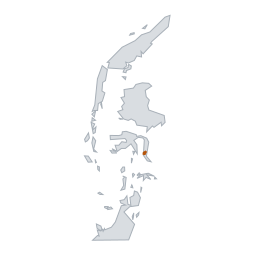 Bone Bolango, Gorontalo, Indonesia shown in context, rotated 89°
{"feature_id": "22746128B41707288718561", "entity_name": "Bone Bolango", "entity_type": "district", "adm_level": 2, "iso_a3": "IDN", "parent_name": "Indonesia", "parent_adm1": "Gorontalo", "projection": "robinson", "projection_center": [123.251, 0.556], "detail": "fine", "context": "in_parent", "style": "filled", "palette": "amber", "viewbox_px": 256, "rotation_deg": 89, "n_neighbors": 0, "source": "geoboundaries", "source_scale": "gbopen_adm2", "svg_char_len": 4372}
<svg xmlns="http://www.w3.org/2000/svg" viewBox="0 0 256 256"><g transform="rotate(89 128 128)"><path d="M86.5,103.6L90.7,110.1L97.1,109.2L100.4,106.2L106.0,108.0L110.4,106.8L116.1,91.6L123.0,90.8L126.4,94.4L122.8,94.8L127.8,102.0L126.4,103.6L132.2,109.4L127.0,108.7L125.3,119.1L121.3,120.6L119.0,124.7L120.4,127.6L118.9,132.2L111.3,138.0L109.6,132.8L106.4,134.0L103.1,131.1L97.4,134.5L96.6,130.9L89.5,131.3L88.2,121.9L84.6,119.3L83.1,112.9L83.7,106.5L86.5,103.6ZM16.1,84.0L27.4,86.0L41.9,102.7L43.7,104.0L44.4,102.3L54.1,111.6L51.7,113.6L57.2,113.2L56.1,118.0L60.6,120.6L63.0,126.4L62.1,129.2L65.7,128.0L68.9,132.1L67.6,147.1L62.1,145.5L62.0,147.6L47.1,132.4L40.8,119.4L35.1,112.9L32.4,104.5L17.8,89.0L16.1,84.0ZM239.9,129.3L239.6,165.4L234.9,160.3L235.5,158.8L229.5,160.5L230.5,156.9L228.8,155.1L229.4,154.8L230.4,154.9L230.9,154.7L228.1,153.3L229.4,152.9L226.9,146.3L221.8,142.3L205.6,136.0L205.0,131.8L202.8,136.5L200.4,137.3L199.6,133.1L195.8,130.3L204.3,129.4L205.4,126.5L197.5,127.3L195.6,123.5L191.1,122.7L192.3,119.6L197.9,116.8L205.7,119.0L206.7,127.6L211.9,133.5L224.4,123.1L239.9,129.3ZM161.2,109.3L155.6,113.1L140.1,111.9L138.2,113.4L137.5,117.9L140.5,122.4L144.9,119.4L154.0,119.2L143.9,125.3L148.4,131.0L148.3,134.9L151.3,139.2L145.0,141.2L145.1,137.5L141.6,134.4L142.4,130.1L140.4,129.6L138.5,131.2L139.3,145.8L135.1,146.0L135.4,137.2L134.6,134.3L131.7,133.7L131.3,129.9L134.8,119.9L136.5,119.6L135.9,115.3L138.5,109.5L142.5,107.5L156.5,110.1L162.2,105.5L161.2,109.3ZM69.2,147.6L80.2,149.7L81.9,152.5L90.5,153.4L92.5,150.5L100.8,153.2L103.1,157.3L110.0,158.1L109.9,161.4L110.8,163.5L104.3,160.8L78.3,157.7L65.2,152.7L69.2,147.6ZM175.1,110.1L179.8,106.1L177.7,110.8L180.8,113.6L175.8,113.2L178.5,119.8L174.9,116.2L173.6,108.5L176.6,102.6L175.1,110.1ZM177.4,130.7L189.0,132.2L190.1,136.2L185.4,133.3L178.9,134.0L177.0,132.3L175.9,134.2L177.4,130.7ZM150.9,162.6L142.3,164.4L136.3,163.1L140.2,160.5L148.6,162.7L151.5,159.8L150.9,162.6ZM126.3,160.0L132.0,160.9L133.0,162.9L121.6,164.8L123.4,161.2L127.4,163.2L128.7,162.5L126.3,160.0ZM161.3,164.4L161.5,168.4L155.1,172.0L155.4,168.2L161.3,164.4ZM68.9,124.1L70.5,128.5L72.7,129.1L72.0,131.9L68.7,130.5L67.6,126.9L64.4,126.2L66.0,123.6L68.9,124.1ZM227.7,160.7L223.4,161.3L225.6,156.8L228.9,155.8L230.0,157.5L227.7,160.7ZM137.3,166.8L140.0,168.7L141.2,170.9L138.5,171.6L132.2,167.6L137.3,166.8ZM170.8,132.0L172.6,135.0L169.9,136.0L166.9,133.8L167.0,132.1L170.8,132.0ZM110.3,160.1L116.3,161.5L113.6,163.9L110.3,160.1ZM119.7,160.3L120.6,164.1L117.1,163.6L119.7,160.3ZM79.5,129.8L76.6,132.6L76.9,129.1L79.5,129.8ZM208.5,144.9L209.2,149.7L207.8,150.0L206.7,146.5L208.5,144.9ZM108.3,153.4L103.7,154.9L101.7,154.1L108.3,153.4ZM152.8,140.1L152.8,144.4L150.2,146.2L151.2,140.5L152.8,140.1ZM25.0,106.9L29.1,109.4L28.6,111.7L25.0,106.9ZM35.2,124.7L33.6,123.8L32.8,120.2L34.0,120.1L35.2,124.7ZM192.6,159.2L191.7,157.5L194.1,154.3L194.0,157.1L192.6,159.2ZM188.0,115.2L192.8,116.5L187.4,116.0L188.0,115.2ZM158.9,124.0L163.2,125.2L158.4,125.1L158.9,124.0ZM150.7,142.2L148.4,144.3L150.5,140.5L150.7,142.2ZM212.6,118.5L215.1,118.9L217.4,120.9L215.2,121.4L212.6,118.5ZM170.5,157.4L168.9,158.9L165.6,159.1L166.4,157.3L170.5,157.4ZM208.3,150.6L207.2,152.8L206.1,152.7L206.2,149.2L208.3,150.6ZM177.1,124.0L174.2,124.4L173.4,123.7L174.7,122.2L177.1,124.0ZM213.0,123.7L216.5,124.0L219.9,124.8L216.7,125.3L213.0,123.7ZM151.5,121.4L154.4,122.9L151.4,123.6L151.5,121.4ZM179.4,102.5L177.5,102.1L179.3,100.4L179.4,102.5ZM158.7,161.5L161.9,160.2L162.3,161.0L158.7,161.5ZM187.9,124.2L187.4,126.2L184.9,125.2L186.2,124.6L187.9,124.2ZM119.2,135.7L117.9,137.1L119.0,132.9L119.2,135.7ZM174.3,116.6L175.8,119.3L175.2,119.7L173.0,117.6L174.3,116.6Z" fill="#d9dde1" stroke="#a8b0b8" stroke-width="1"/><path d="M154.5,111.6L154.4,111.6L154.3,111.4L154.2,111.3L153.9,111.3L153.7,111.3L153.7,111.2L153.4,111.0L153.2,111.0L153.2,110.9L153.1,110.7L152.9,110.6L152.7,110.7L152.5,110.4L152.4,110.4L152.2,110.4L152.2,110.5L152.3,110.5L152.3,110.8L152.3,111.0L152.2,111.1L152.2,111.3L152.2,111.5L152.3,111.5L152.2,111.5L152.3,111.6L152.3,111.8L152.3,112.0L152.4,112.3L152.5,112.3L152.6,112.5L152.8,112.6L152.9,112.8L153.0,112.8L153.1,113.0L153.3,113.0L153.5,113.1L153.8,113.1L154.0,113.1L154.3,113.1L154.3,112.9L154.3,112.7L154.5,112.6L154.6,112.4L154.5,112.2L154.6,111.9L154.5,111.7L154.5,111.6Z" fill="#f59e0b" stroke="#b45309" stroke-width="1.5"/></g></svg>